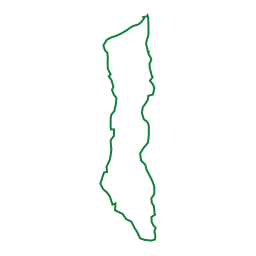 outline of Agios Georgios Lemesou, Limassol, Cyprus
{"feature_id": "46923920B95496266056125", "entity_name": "Agios Georgios Lemesou", "entity_type": "district", "adm_level": 2, "iso_a3": "CYP", "parent_name": "Cyprus", "parent_adm1": "Limassol", "projection": "mercator", "projection_center": [32.898, 34.799], "detail": "fine", "context": "isolated", "style": "outline", "palette": "green", "viewbox_px": 256, "rotation_deg": 0, "n_neighbors": 0, "source": "geoboundaries", "source_scale": "gbopen_adm2", "svg_char_len": 1425}
<svg xmlns="http://www.w3.org/2000/svg" viewBox="0 0 256 256"><path d="M108.8,76.3L111.5,80.2L113.4,86.7L112.0,89.8L113.7,94.4L116.4,98.0L115.9,104.2L114.8,108.3L114.5,110.8L111.3,114.8L110.7,118.0L110.6,126.7L111.0,129.4L114.1,129.4L113.9,135.9L110.8,139.9L110.7,142.9L111.4,149.4L110.6,155.5L109.9,159.6L106.5,166.8L107.1,172.0L104.1,172.4L102.5,176.9L100.4,183.7L103.0,189.0L106.5,192.0L109.9,196.6L112.5,204.6L115.4,203.4L115.1,210.3L122.6,213.9L126.1,219.1L131.4,221.7L134.5,227.9L137.0,231.7L140.1,238.2L140.1,238.3L140.3,238.4L144.8,239.9L151.3,240.6L155.0,239.5L155.4,235.2L154.3,231.9L155.6,227.7L153.4,225.4L151.7,222.0L151.4,217.1L155.0,214.6L154.4,211.9L153.9,206.2L151.9,203.0L151.3,198.4L154.3,194.0L154.3,189.9L154.4,186.8L152.4,181.2L149.3,174.9L146.4,169.3L145.3,164.7L141.1,160.7L140.1,153.5L143.4,148.1L148.0,142.7L148.8,135.1L148.8,125.4L147.2,121.8L143.8,119.3L141.9,113.1L142.7,107.4L145.1,104.1L147.7,100.0L148.3,95.9L152.9,94.5L154.4,88.1L152.7,84.0L149.9,80.8L152.7,77.1L151.8,76.0L149.9,68.4L149.5,63.6L151.4,59.6L150.3,56.9L148.4,53.7L148.6,51.8L148.0,51.9L146.0,43.4L148.4,34.8L148.5,28.3L148.2,17.7L147.5,15.4L147.0,16.3L143.2,17.2L144.0,18.4L141.4,22.0L138.3,24.5L133.4,25.9L130.0,27.8L127.0,30.1L120.7,33.8L115.3,36.2L111.6,37.2L107.0,39.7L103.4,45.3L104.8,50.1L107.4,52.9L107.8,58.1L107.7,60.2L107.6,61.7L107.8,68.8L110.6,74.4L108.8,76.3Z" fill="none" stroke="#15803d" stroke-width="2"/></svg>